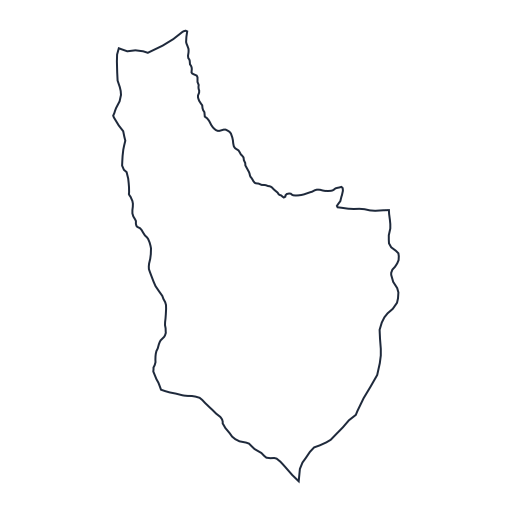 outline of Drugyelgang, Daga, Bhutan
{"feature_id": "84629894B98684691838312", "entity_name": "Drugyelgang", "entity_type": "district", "adm_level": 2, "iso_a3": "BTN", "parent_name": "Bhutan", "parent_adm1": "Daga", "projection": "mercator", "projection_center": [90.024, 26.986], "detail": "fine", "context": "isolated", "style": "outline", "palette": "slate", "viewbox_px": 512, "rotation_deg": 0, "n_neighbors": 0, "source": "geoboundaries", "source_scale": "gbopen_adm2", "svg_char_len": 4193}
<svg xmlns="http://www.w3.org/2000/svg" viewBox="0 0 512 512"><path d="M391.9,309.6L392.8,308.8L397.0,302.8L398.0,298.4L398.4,292.5L397.2,288.1L393.2,281.9L391.2,274.9L391.2,272.8L392.4,269.6L395.0,266.8L397.2,263.4L398.6,260.1L398.8,256.2L398.4,253.3L396.0,250.9L391.2,247.3L389.0,243.4L388.8,239.8L388.8,235.2L390.3,228.5L390.3,224.1L389.9,219.9L389.1,213.9L388.9,210.1L382.8,210.3L376.8,210.7L375.2,210.8L369.9,210.4L364.5,209.2L359.3,208.8L353.7,209.0L350.1,208.8L348.1,208.7L341.1,207.7L337.6,207.3L336.9,205.9L337.9,204.4L339.2,202.6L340.3,201.2L340.9,198.8L341.5,196.4L341.9,195.3L342.3,193.5L342.9,190.8L342.8,189.1L342.6,188.0L341.4,186.9L339.2,187.5L337.2,187.9L335.7,188.3L334.6,189.0L333.6,189.9L332.3,190.5L330.9,190.8L328.1,191.0L324.9,190.9L322.7,190.5L320.2,189.8L318.8,189.7L316.7,189.7L314.7,190.3L312.1,191.7L310.0,192.3L303.9,194.4L301.3,195.0L298.1,195.4L295.7,195.5L293.3,195.3L292.1,194.8L290.8,193.7L289.1,193.5L286.8,194.0L285.5,195.3L285.3,196.7L283.8,197.5L282.6,196.7L281.1,195.4L279.5,194.9L278.6,194.2L277.6,192.6L274.6,190.1L273.6,189.2L272.0,187.5L271.0,186.8L269.5,186.2L268.2,186.1L265.8,185.2L264.4,185.0L261.6,184.9L258.6,183.6L255.9,183.3L254.7,182.8L253.2,180.9L252.6,179.7L251.3,177.7L250.5,176.8L250.0,175.6L249.5,173.5L249.0,172.1L246.5,167.5L245.4,165.5L245.2,163.0L243.9,160.2L243.5,157.4L242.0,155.5L240.9,154.5L239.6,152.1L238.5,150.4L236.1,148.9L235.1,148.2L233.9,146.5L233.6,145.3L233.2,143.2L232.9,140.3L232.3,137.5L230.9,133.5L229.5,131.8L227.6,130.6L225.6,129.6L223.8,129.6L219.3,130.9L217.8,130.9L215.9,130.1L214.4,128.9L212.9,127.4L211.3,125.1L209.4,121.4L208.7,120.3L207.1,118.3L204.8,116.6L204.4,112.2L203.1,110.1L202.5,108.1L202.2,105.3L201.0,103.7L199.2,100.9L198.4,98.8L198.0,97.4L198.0,95.5L199.1,92.7L199.2,90.7L198.7,89.1L198.5,87.9L198.5,86.4L198.7,85.0L197.5,82.0L197.5,79.8L197.5,77.3L196.7,75.6L193.3,74.1L192.1,73.4L191.5,72.4L191.8,69.0L191.6,67.3L190.9,65.6L190.0,64.4L189.7,60.8L189.3,59.5L188.3,58.1L188.0,55.8L188.5,52.6L188.6,50.9L188.5,48.9L187.4,45.8L186.5,43.6L186.1,42.0L186.3,38.2L186.4,36.8L187.2,31.4L185.6,30.7L183.5,31.3L182.2,32.1L173.3,39.1L162.7,45.6L147.8,52.8L143.2,51.3L135.4,50.3L127.3,51.3L118.8,48.3L117.1,54.5L116.9,61.4L117.2,72.6L117.6,80.6L119.8,87.1L120.7,91.0L121.0,94.9L119.6,101.3L116.1,108.0L115.0,110.9L114.4,112.9L113.2,115.7L113.9,117.5L118.7,125.4L123.2,131.2L124.3,136.6L125.3,140.7L124.1,145.7L123.3,149.6L122.6,155.8L122.3,160.9L122.1,165.6L123.9,169.8L126.6,172.1L128.2,178.6L128.7,183.3L129.0,187.1L129.1,192.2L128.9,194.1L129.5,195.4L130.5,196.7L132.4,201.0L132.9,203.7L132.8,206.8L132.4,210.1L132.4,213.4L133.3,216.4L135.1,219.4L135.9,221.0L135.9,223.8L136.4,225.8L137.3,226.9L140.0,228.2L141.6,230.0L143.1,232.6L144.9,235.4L147.0,237.4L148.1,238.9L149.6,242.5L150.5,245.8L151.0,248.4L150.8,254.3L150.2,258.9L149.1,263.5L148.8,266.4L148.9,269.1L149.9,272.0L151.1,275.2L153.5,281.5L155.5,286.1L158.9,291.1L162.3,295.9L163.4,298.9L165.2,302.2L166.0,305.0L166.1,308.8L165.8,314.6L165.5,318.6L165.1,322.0L165.0,325.1L165.6,328.3L165.7,331.5L165.8,332.9L165.0,335.4L164.1,336.9L162.0,339.0L160.6,340.4L159.7,342.1L158.9,344.2L157.7,348.5L156.4,351.1L155.8,353.7L155.5,356.3L155.4,359.7L155.5,362.2L154.7,365.1L153.5,367.5L153.5,369.5L153.3,371.5L154.6,374.7L156.4,379.1L158.4,382.7L159.6,385.8L161.0,389.7L165.1,391.1L169.6,392.4L175.8,393.6L182.5,395.3L184.3,395.6L187.5,395.9L191.9,396.0L195.5,396.6L199.6,397.8L202.2,399.9L205.2,403.1L209.9,407.6L212.4,409.9L216.1,413.6L220.3,416.9L221.2,418.1L222.1,419.5L222.7,421.6L222.7,423.5L223.5,424.8L225.4,428.1L229.6,433.1L232.1,436.6L235.3,439.2L236.9,440.0L239.4,441.3L246.1,442.6L249.0,443.6L251.8,446.4L254.5,449.0L257.4,450.7L261.4,453.0L264.1,455.8L266.4,457.7L270.5,458.2L274.2,458.0L276.6,458.6L280.5,461.8L283.1,464.6L286.9,468.9L292.3,475.1L298.7,481.3L299.9,468.9L302.5,462.5L305.7,458.1L309.9,451.9L314.1,447.4L319.7,445.4L326.3,442.4L330.7,439.8L336.9,433.4L342.9,427.3L348.9,420.3L355.8,414.9L357.5,410.8L363.6,398.2L370.4,386.9L377.2,375.0L379.8,363.2L380.8,355.5L380.8,348.9L380.0,338.6L379.9,336.3L379.6,329.8L381.8,322.5L382.5,321.1L384.4,317.3L387.6,313.3L391.9,309.6Z" fill="none" stroke="#1e293b" stroke-width="2"/></svg>